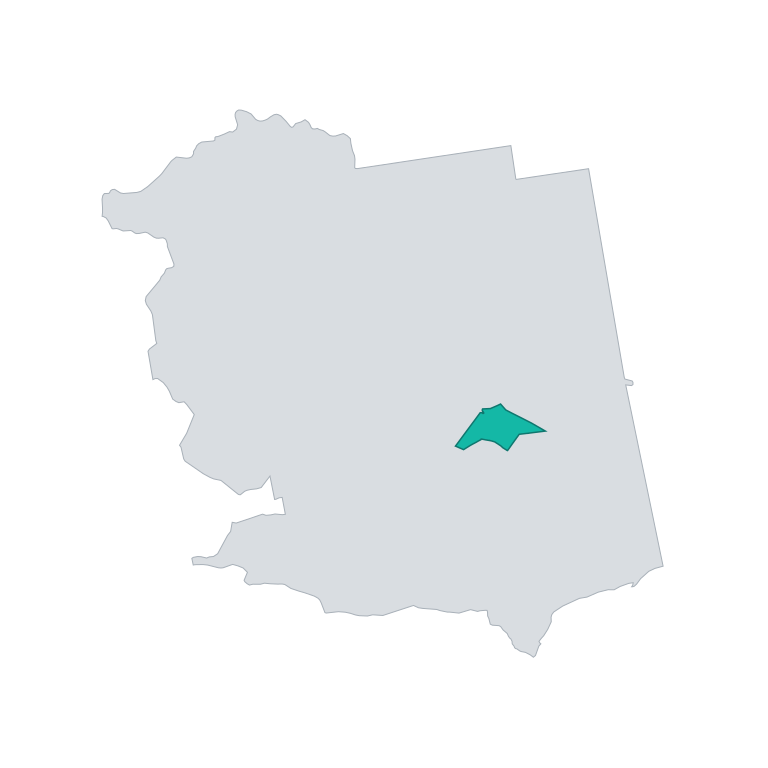 Merwoe, Northern, Sudan shown in context, rotated 79°
{"feature_id": "16777658B43097500879952", "entity_name": "Merwoe", "entity_type": "district", "adm_level": 2, "iso_a3": "SDN", "parent_name": "Sudan", "parent_adm1": "Northern", "projection": "orthographic", "projection_center": [32.145, 18.369], "detail": "fine", "context": "in_parent", "style": "filled", "palette": "teal", "viewbox_px": 768, "rotation_deg": 79, "n_neighbors": 0, "source": "geoboundaries", "source_scale": "gbopen_adm2", "svg_char_len": 4984}
<svg xmlns="http://www.w3.org/2000/svg" viewBox="0 0 768 768"><g transform="rotate(79 384 384)"><path d="M525.3,605.8L518.5,605.9L517.8,604.3L517.8,599.9L518.6,596.6L521.0,591.3L520.4,588.5L520.8,584.3L518.9,579.7L502.7,566.4L499.5,562.7L490.8,559.4L492.3,555.6L488.6,528.0L490.4,524.9L490.9,520.0L490.8,515.8L492.9,508.7L493.1,505.7L475.9,505.6L475.7,508.6L476.5,512.0L476.5,513.4L452.6,513.5L462.2,524.3L462.6,529.1L462.1,535.0L462.2,538.8L462.7,541.2L465.3,546.1L465.1,547.0L464.5,548.1L447.5,562.5L444.7,569.2L442.4,572.7L437.5,578.6L421.9,593.9L419.3,594.9L407.5,595.3L406.3,595.7L405.4,596.4L404.9,596.2L394.7,587.1L377.8,576.1L366.4,581.6L363.3,583.6L363.2,588.9L361.5,591.5L358.5,594.3L350.1,596.1L345.7,597.6L340.5,600.4L335.4,605.2L335.0,607.8L335.6,610.0L306.8,609.4L304.9,607.5L300.8,599.3L297.9,599.7L271.7,598.1L267.9,598.9L260.4,602.0L256.6,602.4L252.8,600.8L239.3,584.3L236.3,582.3L233.3,578.4L230.4,576.6L229.4,575.4L229.2,573.7L229.3,570.2L228.4,567.9L226.2,567.3L207.7,570.4L205.1,569.9L201.2,570.4L199.9,571.0L198.3,573.0L197.9,577.4L197.4,579.6L195.9,581.9L190.6,587.1L189.4,589.4L189.5,595.4L189.1,598.4L188.2,599.8L185.9,602.0L185.0,603.3L184.0,610.9L181.0,615.4L180.3,617.0L180.0,620.3L179.6,621.3L171.2,623.6L168.0,625.1L166.0,627.6L165.6,628.7L162.0,627.6L157.5,626.7L148.8,625.5L145.4,624.1L143.7,622.2L144.4,617.7L143.5,616.6L142.2,615.7L141.3,613.7L141.5,611.3L146.2,606.2L147.3,603.4L148.8,590.0L148.5,585.9L145.1,578.2L137.1,564.8L135.2,562.1L125.1,550.9L124.0,549.3L121.6,544.6L124.7,534.8L124.9,532.1L124.3,529.3L121.7,527.0L119.4,526.6L116.5,523.8L114.5,522.5L112.8,520.1L111.7,516.7L112.9,505.1L112.4,503.5L109.8,502.9L109.2,502.0L109.4,499.8L108.2,493.1L106.8,487.5L107.8,484.5L105.7,480.2L101.6,478.2L93.3,479.1L90.8,478.7L89.1,477.8L87.9,476.2L87.3,474.4L88.0,471.7L90.5,466.9L93.6,462.9L99.7,459.5L101.3,457.6L102.3,455.5L102.6,453.0L102.3,450.3L101.7,447.8L100.1,444.5L98.7,440.6L98.7,438.0L99.6,436.2L101.2,434.1L107.3,430.1L113.4,426.8L114.5,425.6L114.2,424.1L111.5,421.0L110.9,415.2L109.5,411.1L112.7,408.2L115.0,407.3L118.5,406.5L120.0,405.3L120.5,402.9L120.4,400.6L121.8,399.0L123.6,395.4L125.1,393.8L129.8,389.7L130.9,387.0L131.3,384.3L130.4,376.1L133.2,372.8L136.7,370.2L141.5,370.6L149.0,370.4L154.2,369.4L157.8,369.6L166.1,371.5L167.0,370.9L167.5,368.8L174.2,214.0L207.9,215.5L208.4,215.2L211.7,142.1L423.3,146.9L425.1,146.6L428.4,139.8L429.9,139.3L432.0,139.7L432.8,141.3L431.0,146.9L616.1,144.8L616.7,153.2L618.4,159.8L624.0,169.2L628.6,174.2L630.3,177.0L630.5,178.3L630.3,179.6L628.9,178.2L626.6,177.3L626.4,181.8L627.8,190.9L629.9,197.3L628.7,203.3L629.2,213.4L631.9,225.4L631.7,233.1L636.1,251.0L640.2,260.9L642.4,263.3L644.8,264.5L649.3,265.2L656.1,270.1L661.6,275.3L663.6,278.0L666.2,281.0L668.0,280.4L669.0,279.6L670.8,282.0L679.4,287.1L680.7,289.5L677.8,292.1L674.4,296.4L672.8,300.4L672.0,301.6L669.3,304.2L668.8,305.4L667.6,306.2L666.3,306.3L663.5,307.7L660.9,307.4L658.3,308.2L657.4,309.1L655.3,310.0L652.5,310.6L648.2,314.0L644.5,315.7L643.2,317.1L641.4,323.7L640.0,325.5L634.3,325.8L631.5,326.5L627.7,325.9L625.9,326.0L625.5,327.4L624.9,333.1L625.1,335.5L622.0,342.1L623.2,354.1L620.4,363.2L620.0,365.3L617.0,372.5L615.4,375.2L611.7,388.7L610.2,392.9L607.0,397.3L611.0,429.3L608.4,439.2L608.6,444.5L606.7,452.5L605.2,456.2L602.7,460.7L600.6,465.6L598.8,472.2L597.8,484.5L597.1,485.6L586.9,487.4L583.7,488.3L581.6,489.7L578.9,492.9L573.8,501.7L571.1,507.0L566.9,514.4L561.9,519.6L560.9,522.1L560.1,526.7L558.3,534.1L556.7,539.4L557.0,543.5L555.5,550.9L555.7,554.4L554.0,556.4L551.6,558.3L550.0,558.8L542.8,554.0L537.7,557.4L534.6,562.2L532.2,567.0L533.7,577.0L533.5,579.2L532.8,581.6L528.1,591.6L526.7,596.1L525.3,604.0L525.3,605.8Z" fill="#d9dde1" stroke="#a8b0b8" stroke-width="1"/><path d="M458.6,325.7L459.0,325.1L459.6,324.2L461.5,321.5L461.8,321.0L462.3,320.3L463.6,318.4L461.4,312.7L460.8,311.1L459.9,308.4L458.8,304.7L458.0,302.4L457.3,300.0L457.1,299.4L456.6,299.1L456.7,298.8L456.9,298.1L457.3,297.2L457.6,296.4L457.8,295.9L458.0,295.5L458.6,293.9L458.9,293.1L459.2,292.3L459.5,291.5L459.4,291.5L459.4,291.4L460.1,290.0L460.5,289.1L460.8,288.5L460.9,288.4L461.3,287.6L462.0,286.3L463.6,284.7L464.2,284.0L465.9,282.3L466.8,281.3L469.4,279.4L469.9,278.8L470.6,278.1L471.4,277.2L472.9,275.6L472.9,275.4L472.6,275.1L472.2,274.7L471.6,274.0L468.7,271.0L466.4,268.6L465.7,267.8L464.5,266.6L463.7,265.7L463.3,265.3L463.0,264.9L462.4,264.4L461.8,263.7L460.5,262.3L459.7,261.5L459.2,260.9L459.2,260.3L459.2,260.1L459.7,253.6L459.8,252.7L459.9,251.9L459.9,251.1L460.0,249.3L460.8,237.7L461.0,234.6L459.7,236.1L450.4,246.8L448.3,249.5L443.6,255.5L440.2,259.9L439.8,260.4L437.5,263.4L433.6,268.3L433.1,268.9L432.7,269.4L425.9,273.4L426.8,276.9L427.6,280.5L428.4,284.3L427.3,292.0L427.7,292.3L428.6,292.6L429.7,292.4L429.9,292.0L430.7,292.0L431.2,291.8L431.5,291.6L431.8,291.9L431.8,292.5L430.9,293.3L430.5,295.0L436.5,301.5L441.3,306.8L457.9,324.9L458.6,325.7Z" fill="#14b8a6" stroke="#0f766e" stroke-width="1.5"/></g></svg>